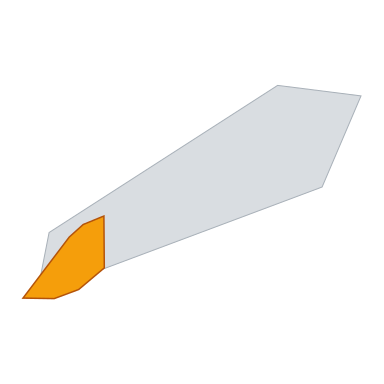 where West End sits in Anguilla
{"feature_id": "AIA-5127", "entity_name": "West End", "entity_type": "District", "adm_level": 1, "iso_a3": "AIA", "parent_name": "Anguilla", "parent_adm1": "", "projection": "natural_earth1", "projection_center": [-63.137, 18.189], "detail": "fine", "context": "in_parent", "style": "filled", "palette": "amber", "viewbox_px": 384, "rotation_deg": 0, "n_neighbors": 0, "source": "natural_earth", "source_scale": "10m", "svg_char_len": 353}
<svg xmlns="http://www.w3.org/2000/svg" viewBox="0 0 384 384"><path d="M322.1,187.0L37.1,293.7L49.1,232.5L277.6,85.4L361.0,95.9L322.1,187.0Z" fill="#d9dde1" stroke="#a8b0b8" stroke-width="1"/><path d="M104.3,267.9L78.7,289.5L54.2,298.6L23.0,298.1L69.3,237.0L83.2,224.5L103.9,216.0L104.3,267.9Z" fill="#f59e0b" stroke="#b45309" stroke-width="1.5"/></svg>